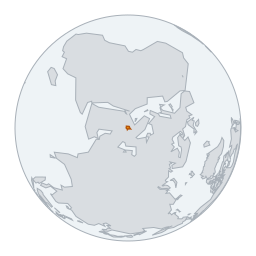 globe centered on Dayr Az Zawr, rotated 132°
{"feature_id": "SYR-142", "entity_name": "Dayr Az Zawr", "entity_type": "Province", "adm_level": 1, "iso_a3": "SYR", "parent_name": "Syria", "parent_adm1": "", "projection": "orthographic", "projection_center": [40.418, 35.268], "detail": "fine", "context": "on_globe", "style": "filled", "palette": "amber", "viewbox_px": 256, "rotation_deg": 132, "n_neighbors": 0, "source": "natural_earth", "source_scale": "10m", "svg_char_len": 10331}
<svg xmlns="http://www.w3.org/2000/svg" viewBox="0 0 256 256"><g transform="rotate(132 128 128)"><circle cx="128" cy="128" r="113" fill="#eef3f6" stroke="#a8b0b8"/><path d="M117.5,15.9L122.3,15.7L135.2,16.3L140.1,16.4L138.4,16.7L148.4,17.3L155.9,19.0L146.8,17.2L145.4,17.2L150.3,18.2L150.0,18.4L152.1,19.1L151.3,19.4L146.0,18.7L145.3,19.0L148.8,19.7L150.2,20.7L145.2,19.5L147.0,21.2L138.5,21.0L125.8,18.8L120.5,20.0L105.9,21.6L106.6,22.1L101.6,23.5L100.5,24.7L98.1,24.9L99.4,25.8L101.8,25.4L103.1,25.7L102.8,26.4L99.6,26.7L99.3,26.4L98.2,26.9L96.8,26.8L97.3,27.3L93.5,27.8L96.6,28.5L93.1,29.9L90.8,29.9L91.8,28.3L89.0,25.4L87.0,25.4L83.0,26.8L73.8,32.5L71.2,33.4L67.1,35.7L68.1,35.8L71.7,34.0L72.6,35.0L76.9,33.0L77.9,33.3L82.0,32.1L80.5,34.1L76.8,36.7L73.3,37.9L71.6,39.2L74.2,39.8L67.0,43.8L61.0,50.1L59.3,51.1L57.2,49.8L59.0,45.3L56.3,44.6L57.1,47.0L52.7,50.0L51.6,51.5L51.3,52.6L52.6,52.3L50.9,53.9L49.4,51.8L51.0,50.3L51.4,50.9L52.2,49.0L51.2,48.1L49.1,50.0L49.8,47.5L48.3,48.9L47.6,49.4L50.0,47.2L45.7,51.2L45.8,50.9L51.6,45.2L57.8,39.9L64.4,35.1L71.2,30.7L78.4,26.9L85.9,23.5L93.5,20.8L101.4,18.5L109.4,16.9L117.5,15.9ZM15.9,116.7L15.7,119.3L15.4,124.8L15.4,125.5L15.9,116.7ZM15.4,128.1L15.4,129.5L15.4,131.1L17.1,143.4L19.4,152.8L20.3,158.4L20.3,160.8L20.8,162.6L18.4,154.1L16.7,145.5L15.7,136.8L15.4,128.1ZM143.8,16.7L141.1,16.3L143.8,16.6L143.8,16.7ZM152.6,19.2L153.4,19.3L154.2,19.6L152.6,19.2ZM82.6,31.2L82.3,31.6L81.7,31.6L82.6,31.2ZM84.6,30.3L84.1,29.9L85.0,29.5L85.3,29.7L84.6,30.3ZM153.5,20.5L154.5,21.2L152.6,20.3L153.5,20.5ZM85.0,30.9L86.7,28.7L88.3,28.0L90.7,28.3L85.0,30.9ZM154.4,21.5L156.8,23.5L158.9,23.7L154.2,24.4L153.8,22.3L151.1,21.1L153.5,21.7L154.4,21.5ZM102.7,24.9L100.1,25.4L102.6,24.3L102.7,24.9ZM104.0,24.2L109.8,21.1L113.4,21.0L110.7,21.9L115.7,21.4L114.6,22.9L111.7,23.5L109.5,23.2L110.8,24.0L104.0,24.2ZM151.3,24.6L151.0,25.1L150.3,24.4L151.3,24.6ZM103.9,25.7L104.7,25.0L107.9,24.8L106.8,26.2L106.2,25.8L103.9,25.7ZM117.5,20.7L119.7,20.9L119.5,22.1L120.3,22.4L114.9,22.9L117.5,20.7ZM105.2,26.3L106.2,27.0L104.3,27.8L103.3,26.4L105.2,26.3ZM109.2,24.2L110.7,24.2L109.5,24.7L109.2,24.2ZM98.3,31.5L99.2,30.5L101.0,30.3L98.3,31.5ZM106.7,27.2L107.3,26.9L108.1,26.8L108.3,27.5L106.7,27.2ZM115.1,23.8L114.6,24.4L117.3,23.7L117.2,24.7L113.7,24.9L115.2,25.3L115.1,25.6L112.3,25.4L115.1,23.8ZM111.0,27.7L106.4,28.6L104.3,30.5L102.7,30.7L106.4,27.7L111.0,27.7ZM112.0,26.4L111.0,27.2L109.5,26.9L109.2,26.2L112.0,26.4ZM118.4,25.4L119.5,23.7L120.2,23.8L118.4,25.4ZM110.7,28.3L111.8,28.1L110.7,28.5L110.7,28.3ZM116.4,26.3L116.7,25.7L117.5,25.7L116.4,26.3ZM113.8,28.3L112.3,28.5L112.1,28.0L113.8,28.3ZM115.2,27.4L116.3,27.6L112.9,27.6L115.2,27.1L115.2,27.4ZM117.1,26.4L117.7,26.3L116.9,26.7L117.1,26.4ZM115.4,30.4L111.2,30.5L110.7,29.2L114.9,29.2L115.4,30.4ZM39.7,156.7L35.6,137.9L38.7,133.5L40.0,126.2L61.9,110.7L65.7,114.2L82.0,116.6L83.9,118.1L81.1,123.6L92.6,134.0L97.4,129.8L108.7,135.5L116.8,136.1L121.3,125.1L108.0,124.0L106.6,118.2L117.9,114.4L129.7,115.7L129.5,113.5L122.8,108.4L126.3,104.6L120.6,106.3L122.3,108.6L118.8,109.9L117.0,107.9L118.3,106.5L115.0,105.3L109.7,112.5L110.9,115.6L101.7,115.8L102.9,121.2L100.1,123.2L97.2,114.9L98.0,112.2L92.0,102.5L90.2,105.3L95.8,114.8L93.8,113.7L91.4,118.1L91.6,113.9L85.9,103.3L78.1,103.0L66.9,111.5L62.6,110.7L59.7,106.7L65.1,95.9L74.0,99.0L76.1,95.6L75.4,89.3L78.2,90.9L79.0,88.8L82.5,89.8L88.5,86.2L92.2,86.7L95.7,80.8L98.1,80.4L95.3,83.9L95.4,86.9L104.8,88.6L106.9,87.6L108.4,83.7L110.8,84.8L111.1,80.9L117.0,80.2L110.0,77.8L111.6,73.7L115.7,71.0L115.0,69.3L108.2,73.7L106.6,75.9L107.3,78.4L101.9,84.7L98.5,85.1L99.3,77.4L94.5,77.4L97.3,71.7L113.9,62.6L120.3,61.4L128.5,68.0L126.4,70.4L122.4,69.2L125.1,74.1L125.3,71.8L127.3,73.0L129.3,69.6L130.8,70.3L130.2,66.1L132.2,66.6L132.6,69.2L137.3,65.1L141.9,65.3L142.3,64.0L141.4,62.7L147.8,64.1L147.8,63.2L145.6,62.3L144.2,60.0L144.2,56.5L146.4,57.2L146.7,58.5L150.7,62.5L151.2,66.2L152.1,66.2L152.2,63.1L147.4,58.2L146.7,56.0L149.4,58.0L148.3,57.1L148.7,56.2L151.2,56.0L148.4,53.8L149.6,44.2L154.4,43.3L156.7,45.9L159.8,40.9L165.1,40.8L163.1,40.0L163.3,37.4L161.6,37.3L160.7,36.8L160.4,30.9L162.1,30.3L159.7,27.4L158.7,27.0L157.4,27.3L154.2,24.4L158.9,23.7L160.9,24.5L162.5,23.8L166.9,25.9L171.4,27.5L175.4,30.6L178.5,31.9L178.7,31.5L183.2,33.1L191.5,38.3L183.7,35.7L171.0,29.6L176.1,32.1L174.6,32.1L176.3,33.4L179.9,35.3L180.5,35.2L184.7,42.3L192.8,49.8L193.0,47.1L195.7,47.7L205.1,55.4L214.5,71.7L218.2,73.8L220.2,76.4L220.7,79.7L217.9,76.0L216.2,76.3L214.5,73.9L214.5,78.5L212.1,75.2L213.3,80.7L215.6,82.4L216.5,79.3L218.6,85.8L222.8,87.9L226.1,93.2L228.5,107.4L226.8,114.8L227.3,116.9L225.1,116.5L224.4,122.3L230.2,129.4L230.8,132.5L228.7,141.7L228.3,139.6L222.6,138.6L223.1,146.5L227.5,149.0L229.1,154.6L226.4,155.1L224.6,150.3L222.6,149.7L222.0,143.2L218.1,135.3L215.3,139.5L214.5,135.6L208.7,130.2L204.1,135.9L197.5,150.8L198.4,160.9L195.3,166.6L187.2,155.0L183.9,145.8L180.7,147.8L172.5,141.3L157.6,144.1L155.8,141.7L152.9,143.4L147.2,141.4L144.4,137.2L140.8,137.9L148.3,148.8L152.2,148.1L155.7,143.1L157.0,147.1L162.6,149.8L155.6,160.8L133.9,171.3L132.2,163.7L118.0,141.8L118.7,139.3L118.6,139.1L118.5,138.5L116.7,142.6L114.4,138.1L121.5,153.7L122.5,160.2L133.6,171.7L132.4,172.9L136.1,175.1L148.4,171.3L148.4,173.8L142.3,185.6L125.6,200.3L128.1,209.1L127.4,216.0L117.6,220.0L119.1,224.7L114.2,226.0L114.3,228.3L110.7,230.3L104.4,231.6L93.0,229.5L91.8,227.5L85.3,222.3L76.1,209.0L78.4,204.0L77.1,198.9L69.0,185.2L70.7,179.0L68.7,175.4L64.3,174.6L62.0,170.2L59.5,169.1L44.0,164.1L39.7,156.7ZM53.4,120.9L52.6,123.0L53.4,120.9ZM141.6,122.8L149.0,122.8L146.4,115.8L149.0,115.3L147.2,113.3L146.2,115.3L141.9,109.7L145.3,107.4L144.8,104.3L142.3,104.2L136.7,109.4L142.9,117.5L140.9,120.5L141.6,122.8ZM52.8,50.1L52.9,50.4L52.2,51.7L51.8,51.5L52.8,50.1ZM53.6,55.9L50.8,58.4L52.5,56.4L51.4,56.4L53.6,52.3L58.5,51.5L55.9,52.5L53.6,55.9ZM57.9,47.1L55.9,49.5L57.9,46.9L57.9,47.1ZM80.2,77.4L80.9,79.2L79.0,81.3L74.4,81.3L77.1,78.3L80.2,77.4ZM82.5,81.4L84.7,74.1L87.7,74.1L85.6,75.3L87.4,76.0L84.6,78.2L85.3,85.5L83.7,87.9L75.9,86.2L79.4,85.4L78.4,83.5L82.5,81.4ZM85.0,58.2L85.9,55.7L91.2,58.6L89.7,60.6L84.9,60.6L83.9,58.3L85.0,58.2ZM89.0,32.3L89.1,31.6L90.0,31.5L90.6,31.9L89.0,32.3ZM98.6,31.0L89.8,35.1L89.4,34.5L84.7,38.0L81.9,37.8L85.0,35.5L79.3,38.2L80.9,36.1L77.2,38.1L84.4,33.0L85.7,31.4L85.4,33.2L88.0,33.3L89.5,32.9L94.7,30.7L98.7,27.6L101.9,27.5L103.1,28.2L102.7,29.0L100.7,28.7L101.5,29.9L98.3,30.1L98.6,31.0ZM115.5,40.7L113.4,39.6L114.4,43.1L111.3,42.9L111.6,43.3L108.9,44.1L106.3,46.0L105.0,45.6L104.5,46.5L102.7,47.2L101.7,48.3L98.9,48.1L97.4,49.6L97.0,48.6L95.0,51.3L95.2,49.3L93.0,50.1L94.0,51.6L81.9,48.9L76.7,49.8L72.2,51.8L73.2,48.4L78.0,44.6L84.5,41.3L89.4,41.1L88.9,39.8L91.1,39.4L90.5,40.6L92.8,38.5L94.4,38.5L100.2,36.4L102.3,33.7L104.5,33.0L104.5,34.1L106.6,32.6L108.1,34.3L109.7,33.9L112.7,35.2L111.7,37.8L113.6,37.2L115.9,38.4L115.5,40.7ZM116.2,30.8L115.8,33.6L113.9,35.0L109.5,32.1L107.8,32.2L104.9,30.7L107.8,28.8L108.4,29.4L109.6,29.6L108.2,30.1L110.2,29.8L111.0,30.6L112.8,30.7L112.2,31.6L116.2,30.8ZM86.6,116.5L88.2,117.1L90.7,117.4L89.3,120.3L86.6,116.5ZM82.6,109.3L84.1,109.3L83.4,113.2L81.7,112.7L82.6,109.3ZM85.5,106.0L84.2,109.0L84.0,107.0L85.5,106.0ZM96.8,83.8L98.5,83.7L98.4,84.6L97.2,85.9L96.8,83.8ZM117.8,52.1L117.0,51.0L117.6,50.6L117.9,47.6L120.3,47.7L121.0,49.5L117.8,52.1ZM118.7,126.9L116.0,128.9L114.9,127.8L116.1,127.3L118.7,126.9ZM101.7,124.9L105.3,126.9L101.3,125.7L101.7,124.9ZM120.5,51.7L120.3,50.4L121.6,51.3L120.5,51.7ZM122.0,47.7L123.6,48.4L120.6,47.4L122.0,47.7ZM163.5,234.8L164.3,234.6L162.5,235.2L163.5,234.8ZM147.0,213.9L139.9,225.4L134.4,225.7L133.2,222.7L135.6,216.0L141.8,213.6L144.8,210.0L147.0,213.9ZM236.9,156.0L237.4,154.7L237.3,155.1L236.9,156.0ZM236.4,156.4L237.2,154.5L236.1,157.6L236.4,156.4ZM237.4,153.8L238.2,150.9L238.6,149.4L238.4,150.4L237.4,153.8ZM235.8,157.7L231.4,164.7L229.3,166.3L230.1,164.1L233.4,160.1L235.8,157.7ZM229.9,164.3L226.4,164.0L219.7,156.5L222.1,154.8L228.7,156.9L228.4,158.6L230.5,159.6L229.9,164.3ZM237.3,146.0L236.9,150.4L234.7,154.0L233.6,155.1L232.8,151.1L233.3,147.8L234.3,146.5L236.8,131.7L238.0,131.9L237.5,137.5L238.4,139.4L237.3,146.0ZM198.9,161.6L201.7,166.2L199.9,168.0L198.9,161.6ZM236.8,123.1L236.5,129.4L236.4,121.9L236.8,123.1ZM236.1,116.8L236.7,118.7L235.8,117.7L236.1,116.8ZM228.2,119.7L227.2,121.7L226.7,120.3L227.6,117.0L228.2,119.7ZM228.6,97.8L230.5,102.0L231.0,103.7L229.6,101.9L228.6,97.8ZM140.5,52.4L137.4,56.2L136.8,59.4L138.9,61.7L134.7,60.2L135.6,55.3L140.5,52.4ZM148.2,45.1L146.3,43.3L148.0,43.2L148.6,43.6L148.2,45.1ZM146.5,44.6L142.6,44.2L142.1,42.7L145.3,43.3L146.5,44.6ZM131.5,47.6L130.4,48.6L129.4,47.9L131.5,47.6ZM240.3,136.9L240.2,138.1L240.3,136.9ZM240.3,136.2L240.3,136.3L240.4,135.1L240.3,136.2ZM238.8,139.2L239.1,141.0L239.8,137.0L239.2,141.1L239.4,143.7L239.1,145.8L239.0,142.9L238.4,148.1L238.1,149.0L238.2,145.6L238.7,139.7L239.1,136.7L240.1,131.6L238.8,139.2ZM240.5,132.1L240.5,129.8L240.5,127.3L240.6,128.1L240.5,132.1ZM239.7,124.7L238.8,123.1L238.5,126.0L238.6,118.0L239.5,120.9L239.7,124.7ZM238.1,118.8L237.9,121.4L237.8,117.1L238.1,118.8ZM237.6,120.7L237.0,118.5L237.5,117.6L237.6,120.7ZM238.4,118.1L237.5,113.8L238.2,115.5L238.4,118.1ZM235.4,113.7L237.3,115.0L235.8,116.7L233.3,109.2L233.7,107.6L235.4,113.7ZM222.7,75.8L221.2,74.1L221.0,72.4L222.0,74.0L222.7,75.8ZM218.8,66.0L220.4,71.4L221.5,76.2L222.3,76.2L224.5,80.3L222.1,78.5L219.7,72.6L219.3,69.7L217.1,66.6L215.4,63.1L212.4,60.1L211.0,57.9L213.6,59.9L218.8,66.0ZM211.1,58.9L205.3,53.2L205.8,51.7L207.2,52.6L209.6,55.8L209.2,56.4L211.1,58.9ZM204.0,51.5L203.6,52.1L194.0,46.7L192.1,45.2L199.7,48.1L199.6,48.9L201.9,50.6L204.0,51.5ZM152.3,25.3L151.2,25.1L152.0,24.9L152.3,25.3ZM159.8,36.8L158.7,36.0L159.7,35.7L159.8,36.8ZM156.1,33.7L155.7,34.6L155.2,33.3L156.1,33.7ZM155.1,36.8L155.2,34.8L156.5,37.2L155.1,36.8Z" fill="#d9dde1" stroke="#a8b0b8" stroke-width="1"/><path d="M129.4,127.4L129.3,127.5L129.3,127.8L129.3,128.0L129.2,128.2L129.3,128.5L129.3,128.9L129.3,129.0L129.0,129.5L128.9,129.6L128.4,129.8L128.2,130.0L127.8,130.2L127.7,130.3L126.7,129.0L126.4,128.6L126.4,128.4L126.3,128.2L126.1,128.0L126.8,127.0L126.7,127.0L126.7,126.9L126.8,126.8L126.9,126.1L127.0,125.6L127.2,125.9L127.4,126.1L128.6,127.3L128.8,127.4L129.2,127.4L129.4,127.4L129.4,127.4Z" fill="#f59e0b" stroke="#b45309" stroke-width="1.5"/></g></svg>